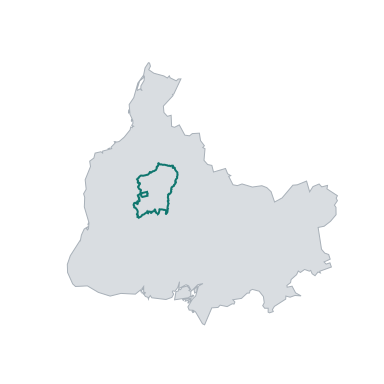 Goiás highlighted on a map of Brazil, rotated 166°
{"feature_id": "BRA-1294", "entity_name": "Goiás", "entity_type": "State", "adm_level": 1, "iso_a3": "BRA", "parent_name": "Brazil", "parent_adm1": "", "projection": "albers", "projection_center": [-49.017, -15.943], "detail": "fine", "context": "in_parent", "style": "outline", "palette": "teal", "viewbox_px": 384, "rotation_deg": 166, "n_neighbors": 0, "source": "natural_earth", "source_scale": "10m", "svg_char_len": 9010}
<svg xmlns="http://www.w3.org/2000/svg" viewBox="0 0 384 384"><g transform="rotate(166 192 192)"><path d="M97.3,86.8L101.5,89.6L106.3,87.7L108.0,89.6L110.5,86.5L117.0,83.1L118.3,80.2L122.5,78.4L122.7,76.6L117.7,76.4L115.9,69.1L111.3,64.8L117.2,66.7L122.3,66.2L126.1,68.3L127.0,65.4L139.7,61.1L142.4,58.5L142.1,56.3L146.0,56.0L147.2,57.0L146.2,60.8L149.6,61.6L150.9,64.6L148.7,67.0L148.0,73.2L150.8,79.5L157.0,82.9L159.5,82.3L160.7,80.1L163.0,80.5L169.7,76.8L178.4,77.6L177.0,74.9L178.3,73.1L180.0,73.8L185.6,72.3L192.1,75.4L194.7,73.7L200.8,74.8L211.9,60.1L213.7,61.6L217.6,74.9L219.6,77.0L223.3,78.1L223.8,81.5L217.4,88.0L213.6,90.2L208.5,99.1L203.5,100.5L208.8,100.7L216.5,96.1L218.0,101.8L220.2,103.5L228.2,101.5L225.8,108.0L228.9,102.8L232.6,99.8L234.4,100.7L235.3,99.8L234.5,97.4L237.0,94.6L243.3,94.0L256.6,99.1L257.5,101.6L259.4,99.9L262.5,101.9L263.3,104.1L261.6,105.5L262.3,106.3L264.0,104.9L264.4,106.3L262.8,107.7L261.7,112.1L263.9,110.3L265.5,107.1L265.7,109.4L271.7,106.6L285.5,110.8L296.6,110.8L307.2,117.3L316.2,126.2L327.9,128.5L330.0,131.7L332.2,144.0L330.5,151.9L325.5,159.6L312.3,172.1L312.4,171.1L309.7,177.0L305.6,182.1L303.7,182.8L302.5,180.4L301.3,181.5L299.4,187.1L300.1,203.5L297.4,212.8L297.6,216.5L294.0,220.3L292.7,229.7L284.3,241.3L283.8,246.7L279.0,248.7L276.6,253.2L270.6,253.1L269.3,251.4L268.8,253.3L259.4,253.5L259.8,255.0L253.8,258.7L250.5,258.6L244.5,261.6L237.1,267.2L235.7,269.9L234.4,268.9L233.9,270.1L232.2,269.6L234.4,271.2L232.7,272.9L232.1,275.9L233.4,282.4L231.8,292.1L225.7,297.6L218.2,310.8L211.2,316.7L211.0,314.8L216.0,312.3L220.4,305.1L220.5,303.8L217.5,304.6L215.8,302.3L216.7,304.6L215.9,307.3L211.6,311.7L210.2,315.2L210.7,317.1L207.5,323.8L203.0,328.0L202.0,327.4L201.9,324.1L204.4,321.1L200.3,316.5L191.2,311.4L188.4,308.6L185.9,310.2L185.6,308.1L180.4,303.7L178.0,305.0L175.4,304.4L186.0,291.4L187.3,291.4L187.0,290.2L199.0,282.3L200.0,275.9L197.6,271.4L193.7,271.5L195.9,260.6L193.3,259.0L188.1,260.2L185.2,248.9L180.8,247.1L177.6,248.6L170.6,247.3L171.3,239.8L168.8,233.9L170.8,232.5L168.9,230.9L172.7,219.8L170.2,214.9L166.3,213.0L166.3,206.2L153.8,206.7L153.0,201.1L150.5,198.5L152.6,198.3L150.5,189.1L146.4,187.2L141.5,187.7L132.2,182.2L122.7,181.2L118.4,178.2L115.2,173.2L114.3,162.3L106.1,164.4L92.5,174.2L88.1,173.5L78.2,174.9L77.8,163.7L73.3,168.0L66.7,169.0L64.9,165.6L58.9,165.6L60.3,162.4L51.8,153.2L53.6,151.2L53.0,148.4L57.0,144.8L56.0,142.3L57.7,135.1L64.8,130.0L72.1,126.8L78.2,127.1L80.2,105.1L78.0,100.6L74.5,98.3L74.2,93.4L80.8,92.2L79.3,89.6L75.3,89.9L74.9,85.5L87.3,84.2L87.0,82.4L89.1,83.9L92.9,81.0L95.2,83.6L95.8,87.2L97.3,86.8ZM221.2,90.3L235.0,91.6L231.7,99.1L229.2,99.3L228.8,100.6L226.7,100.0L224.6,101.9L219.4,101.9L217.5,98.1L218.8,97.2L217.2,95.8L218.3,91.4L221.2,90.3ZM209.6,99.6L211.6,94.1L213.8,93.3L213.7,96.7L209.6,99.6ZM225.0,87.7L223.7,89.7L220.5,89.2L221.0,87.9L225.0,87.7ZM220.3,85.5L219.8,89.6L218.4,89.2L220.3,85.5ZM227.2,90.3L225.2,90.5L224.3,90.2L226.7,88.9L227.2,90.3ZM218.2,90.5L216.2,91.8L215.4,91.1L216.8,89.9L218.2,90.5ZM221.9,86.8L221.0,86.0L222.6,85.1L222.7,85.9L221.9,86.8ZM220.8,76.2L219.6,76.4L219.3,74.9L220.4,74.8L220.8,76.2ZM233.8,286.4L233.4,285.1L234.3,283.9L234.5,284.2L233.8,286.4ZM254.9,258.2L255.2,259.7L253.9,259.3L254.9,258.2ZM233.2,276.9L232.6,276.1L233.5,275.2L233.7,275.6L233.2,276.9ZM263.6,109.4L262.7,111.0L263.6,108.7L263.6,109.4ZM303.0,183.0L301.7,183.4L302.6,182.2L303.0,183.0ZM262.8,254.2L261.5,254.6L261.2,254.3L262.0,253.7L262.8,254.2ZM300.7,185.8L300.2,186.7L299.9,186.1L300.7,185.8ZM260.1,98.6L260.2,99.4L259.8,99.3L260.1,98.6Z" fill="#d9dde1" stroke="#a8b0b8" stroke-width="1"/><path d="M249.9,180.1L250.8,180.8L251.0,181.0L250.9,181.2L250.3,181.7L250.1,182.5L250.2,182.9L250.8,183.2L250.9,183.3L250.9,183.5L250.8,183.9L250.5,184.1L250.1,184.3L249.9,184.7L249.4,186.1L249.4,186.8L249.5,187.6L249.8,188.5L250.1,189.1L250.4,189.9L250.9,190.2L251.2,190.8L251.8,191.1L251.7,191.6L251.5,191.9L251.5,192.3L251.5,192.6L251.8,193.0L251.8,193.7L251.7,193.9L251.4,194.3L251.1,194.8L250.9,194.9L250.7,195.2L250.3,195.2L249.9,195.3L249.7,195.1L249.2,195.1L249.0,194.6L248.7,194.2L247.8,193.7L247.7,193.6L247.3,194.1L247.2,194.3L247.2,194.5L247.4,194.7L247.2,195.1L247.4,195.3L247.4,195.5L247.4,195.9L247.4,196.0L247.1,196.2L246.9,196.2L246.1,195.8L245.9,195.7L245.4,195.8L245.1,195.9L245.0,196.1L244.8,197.3L245.0,197.4L245.3,197.9L245.3,198.0L245.0,198.4L244.8,198.6L244.7,198.8L244.7,199.6L244.9,199.8L245.1,199.8L245.3,200.8L245.4,201.2L245.4,201.9L244.8,202.1L244.4,202.2L244.0,202.2L243.7,202.4L243.3,202.2L243.1,202.7L242.7,203.0L242.4,203.0L242.1,203.1L242.1,203.3L241.9,203.9L242.0,204.4L242.0,204.6L241.8,205.0L241.5,205.5L241.2,205.7L241.1,206.4L241.2,206.6L241.4,206.9L241.8,207.0L242.4,207.5L242.6,208.1L242.7,208.5L242.8,208.8L243.1,209.4L243.1,209.8L242.8,209.9L242.6,210.1L242.7,210.5L242.4,210.7L242.2,211.0L241.9,211.1L241.8,211.4L241.7,211.5L241.4,211.7L241.3,211.9L241.3,212.1L241.1,212.3L240.8,212.3L240.7,212.3L240.5,212.7L240.5,213.2L240.6,213.4L240.9,213.7L241.0,213.7L241.4,213.5L241.6,213.6L241.8,213.7L242.0,213.8L242.3,214.1L242.3,214.4L242.3,214.7L242.1,214.9L241.9,215.2L241.7,215.9L241.7,216.3L241.9,216.7L242.0,216.9L242.0,217.0L242.2,217.6L241.8,217.7L241.7,217.9L241.5,218.0L241.4,218.1L241.2,218.2L241.2,218.3L240.3,218.6L240.2,218.7L239.6,219.4L237.8,220.3L237.1,220.2L236.9,220.1L236.4,220.0L236.1,219.8L235.5,219.6L234.8,219.6L233.1,219.5L231.7,219.6L230.8,219.4L230.3,219.7L229.4,220.1L229.1,220.4L228.0,221.6L227.9,221.6L227.7,221.5L227.4,221.1L227.2,220.7L226.7,220.9L225.1,221.5L224.8,221.6L224.4,221.5L223.6,221.5L222.9,221.8L221.7,222.1L220.6,223.4L220.3,223.8L220.4,224.4L220.3,224.6L220.2,224.7L220.0,225.1L219.7,225.2L219.3,225.1L219.1,225.2L219.0,225.4L218.7,225.6L218.6,225.9L218.2,226.2L218.0,226.4L217.9,226.9L217.8,227.1L218.0,227.6L217.8,227.8L217.5,227.6L217.4,227.5L217.2,227.7L216.7,226.9L216.2,226.4L215.7,226.4L215.4,226.2L214.9,226.2L214.0,225.5L213.3,225.3L213.0,225.3L212.6,225.3L211.2,224.7L210.7,224.3L209.7,224.0L209.5,223.6L208.6,223.1L208.4,223.1L207.9,223.1L207.7,223.1L207.1,222.5L206.8,222.3L205.9,222.5L205.4,222.4L205.0,222.4L204.2,222.2L204.1,221.9L204.3,221.3L204.8,220.5L204.9,220.3L204.8,220.1L203.9,219.8L203.4,220.1L203.1,219.9L202.9,219.7L202.9,219.4L203.0,218.0L202.9,217.5L202.5,216.6L202.2,215.8L202.0,215.5L201.6,214.9L201.5,214.7L201.5,214.2L201.6,213.9L201.7,213.4L201.8,213.0L201.9,212.8L201.8,212.2L202.1,211.8L202.2,211.4L202.6,210.8L202.7,210.7L202.9,210.5L202.9,210.3L202.8,210.1L203.0,209.4L203.0,209.2L203.3,208.9L204.4,208.3L205.0,207.6L205.1,207.2L205.6,206.8L205.7,206.0L205.3,205.8L205.2,205.7L205.2,205.4L205.3,205.1L205.6,204.9L206.1,204.7L206.2,204.2L206.8,203.7L207.4,203.3L207.6,203.3L207.7,202.8L208.0,202.5L208.1,202.3L208.2,202.2L208.7,202.1L209.6,202.0L210.0,201.6L210.4,201.5L210.6,201.5L210.7,201.4L210.8,201.2L211.0,200.9L211.4,200.1L211.4,199.9L211.2,199.6L211.3,199.5L211.5,199.5L211.8,199.1L211.9,198.6L212.0,198.3L212.0,198.0L212.0,197.8L212.2,197.6L212.1,197.2L212.5,196.8L212.7,196.7L213.1,196.1L213.5,195.9L213.8,195.7L214.2,195.5L214.4,195.4L214.5,195.5L214.8,195.8L215.4,195.5L215.6,195.3L215.7,195.0L216.0,194.9L216.0,194.4L216.2,193.8L216.4,193.2L216.6,193.0L216.8,192.2L216.6,191.4L216.8,190.8L216.8,190.5L216.9,190.2L217.2,189.6L217.1,189.4L217.5,189.3L217.7,189.1L217.7,188.9L217.5,188.2L217.6,187.9L217.7,187.5L217.6,187.2L217.6,186.8L217.5,186.4L217.8,186.3L218.0,186.2L218.2,185.6L218.3,185.1L218.9,184.4L218.9,184.0L219.3,183.5L219.5,182.9L219.5,182.7L219.5,182.2L219.4,181.8L219.7,181.7L219.6,181.4L219.9,181.2L220.0,181.0L220.2,180.4L220.1,180.2L220.2,179.9L220.4,179.2L220.6,179.0L220.7,178.5L221.0,178.2L221.2,177.9L222.4,177.0L222.6,177.1L222.6,177.3L222.6,177.5L222.1,178.1L222.1,178.8L221.7,179.5L221.6,180.5L223.1,181.4L223.6,181.4L223.7,181.5L224.1,181.8L225.7,182.5L226.5,182.6L227.7,183.1L227.8,183.0L227.9,182.9L228.0,182.2L228.4,181.3L229.5,179.4L230.0,179.0L230.4,178.8L230.4,179.2L230.4,179.4L231.0,179.7L231.5,180.1L231.7,180.4L231.9,180.8L231.8,181.3L232.1,182.0L232.1,182.8L232.0,183.3L232.0,183.6L232.1,183.9L232.2,184.0L232.5,183.8L232.7,183.7L232.8,182.6L233.0,182.4L233.3,182.4L234.1,182.7L234.8,182.6L235.2,182.5L235.9,182.0L236.3,181.7L236.4,181.8L236.5,181.8L236.3,182.3L236.2,182.5L236.3,182.6L236.6,182.6L236.9,182.7L237.6,183.1L237.8,183.0L238.4,183.4L239.8,183.8L239.8,183.7L239.4,182.5L239.5,182.3L239.8,182.0L240.1,182.3L240.3,182.6L240.3,182.8L240.6,183.1L240.6,183.4L240.9,183.1L241.3,183.1L242.1,182.7L242.4,182.7L243.8,182.0L244.6,181.8L245.3,181.9L246.0,181.7L246.9,180.8L247.3,180.6L248.0,180.4L248.3,180.3L249.0,180.3L249.3,180.2L249.8,179.9L249.9,180.1ZM242.1,203.0L241.8,202.8L241.8,202.6L241.8,202.2L241.8,201.8L242.1,201.1L242.1,200.7L242.1,200.4L242.1,199.9L241.4,199.5L241.4,199.4L241.3,199.2L236.1,199.1L235.9,200.0L235.8,200.3L235.7,200.6L235.8,200.7L236.0,200.9L235.8,201.3L235.4,201.5L235.6,202.3L235.7,202.5L235.6,203.0L236.1,203.0L242.1,203.1L242.1,203.0Z" fill="none" stroke="#0f766e" stroke-width="2"/></g></svg>